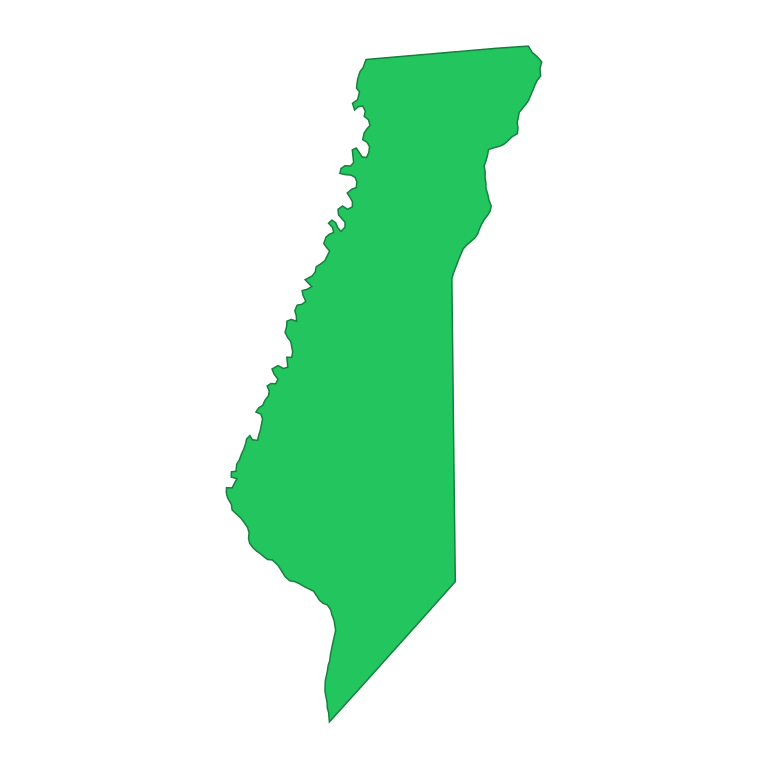 Nova Timboteua, Pará, Brazil (Robinson projection)
{"feature_id": "56859067B79534795748726", "entity_name": "Nova Timboteua", "entity_type": "district", "adm_level": 2, "iso_a3": "BRA", "parent_name": "Brazil", "parent_adm1": "Pará", "projection": "robinson", "projection_center": [-47.412, -1.17], "detail": "fine", "context": "isolated", "style": "filled", "palette": "green", "viewbox_px": 768, "rotation_deg": 0, "n_neighbors": 0, "source": "geoboundaries", "source_scale": "gbopen_adm2", "svg_char_len": 2634}
<svg xmlns="http://www.w3.org/2000/svg" viewBox="0 0 768 768"><path d="M455.3,581.6L453.5,429.0L452.8,361.4L451.9,278.8L453.2,273.9L459.1,258.4L463.2,248.9L466.3,245.4L475.0,237.8L477.7,233.8L479.4,229.1L481.7,224.0L484.1,219.8L487.5,215.4L490.1,211.2L491.2,206.0L489.0,200.2L488.0,195.2L486.0,188.4L485.9,182.9L485.0,177.3L485.2,172.0L484.1,166.0L485.9,161.2L487.5,155.4L488.5,149.6L493.8,147.8L499.2,146.4L503.6,144.5L507.3,141.4L511.5,137.2L517.4,133.5L518.0,127.7L517.1,122.6L518.3,117.6L519.2,112.4L525.8,104.4L528.6,100.4L534.7,85.7L537.2,80.4L540.7,75.9L540.0,68.5L541.7,61.8L536.8,56.3L532.1,52.4L528.4,46.1L503.1,47.8L496.1,48.3L380.9,58.2L366.0,59.5L363.2,67.4L359.9,71.9L357.6,79.3L356.5,88.1L359.5,91.8L357.6,99.7L352.5,103.3L354.6,110.0L358.1,106.8L362.7,106.0L365.3,111.2L364.2,116.3L368.5,119.8L370.0,125.5L366.9,128.9L364.1,133.1L362.7,139.7L367.0,142.2L369.5,146.6L368.8,152.4L366.5,157.5L362.1,156.9L356.3,148.0L352.3,149.8L353.6,162.5L350.6,166.0L345.0,165.7L341.0,168.5L339.9,173.4L345.0,174.6L350.9,175.1L355.1,177.3L356.9,182.0L356.2,187.6L351.7,189.2L347.2,193.1L350.2,197.6L352.5,201.9L352.3,206.9L347.4,209.3L342.6,206.0L338.0,209.3L338.5,214.9L345.0,222.2L345.0,227.2L341.0,231.4L337.7,227.7L335.7,222.8L331.9,220.1L328.5,223.2L332.6,227.5L333.6,232.5L329.2,234.3L325.9,237.3L323.8,243.6L326.6,247.5L329.6,251.0L324.9,260.6L320.3,264.2L316.3,266.6L315.2,271.9L312.4,275.8L305.1,279.7L311.7,286.6L307.0,289.3L302.1,290.6L303.0,295.3L305.8,301.4L301.8,304.4L297.2,305.1L294.8,310.7L296.3,315.7L296.5,321.3L291.4,319.4L286.9,321.2L286.7,326.3L285.0,332.4L287.7,337.6L290.7,341.5L292.7,351.8L291.7,357.4L286.8,357.2L287.8,367.2L283.5,368.5L278.0,365.6L272.0,369.0L274.1,374.1L278.0,379.3L275.6,383.8L271.0,383.5L267.1,386.0L269.2,390.9L268.5,395.8L265.2,399.9L262.7,405.3L258.7,407.9L255.9,412.0L260.9,414.2L262.5,419.2L260.3,430.3L258.7,435.3L257.6,440.3L252.4,439.8L249.9,435.6L246.6,439.0L245.4,444.4L243.8,449.1L241.5,454.0L239.3,460.1L236.6,464.4L236.1,471.2L231.4,471.8L231.2,477.1L236.9,478.6L232.1,487.9L226.5,487.7L226.3,492.6L227.5,497.5L231.4,504.6L232.1,510.0L241.0,518.3L244.5,523.0L247.5,527.3L249.1,532.8L248.5,538.3L249.7,543.4L253.1,547.9L256.6,551.1L260.4,553.7L263.9,556.8L267.6,559.5L272.3,560.0L278.0,565.3L285.3,576.9L289.8,580.8L294.7,581.6L299.6,583.8L304.4,586.7L313.6,591.2L319.6,600.4L323.1,603.3L327.3,604.9L330.7,609.8L331.9,614.7L334.1,620.5L335.6,630.5L332.5,644.5L330.4,655.0L329.8,660.4L328.2,665.4L327.3,671.5L325.2,681.2L325.0,691.6L327.1,702.7L327.3,707.9L328.6,712.7L329.4,721.9L367.9,679.3L418.0,623.4L455.3,581.6Z" fill="#22c55e" stroke="#15803d" stroke-width="1.5"/></svg>